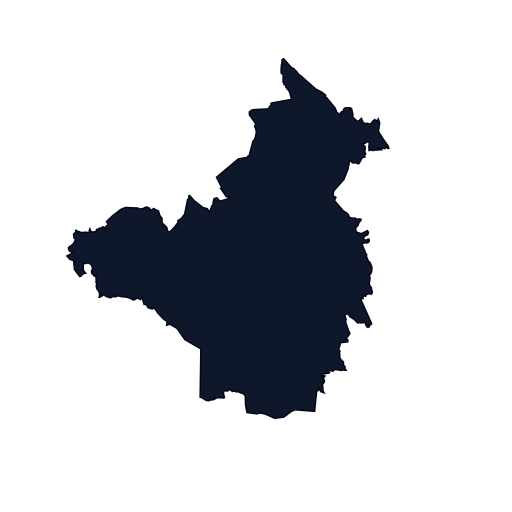 Taxco de Alarcón, Guerrero, Mexico, rotated 334°
{"feature_id": "50627088B64619334383932", "entity_name": "Taxco de Alarcón", "entity_type": "district", "adm_level": 2, "iso_a3": "MEX", "parent_name": "Mexico", "parent_adm1": "Guerrero", "projection": "mercator", "projection_center": [-99.586, 18.522], "detail": "fine", "context": "isolated", "style": "filled", "palette": "ink", "viewbox_px": 512, "rotation_deg": 334, "n_neighbors": 0, "source": "geoboundaries", "source_scale": "gbopen_adm2", "svg_char_len": 6132}
<svg xmlns="http://www.w3.org/2000/svg" viewBox="0 0 512 512"><g transform="rotate(334 256 256)"><path d="M210.3,413.0L219.3,411.2L223.8,411.4L240.6,421.3L251.3,404.0L252.4,404.2L254.5,402.6L254.4,403.9L254.8,406.4L257.2,408.8L257.1,406.3L258.7,403.1L259.2,400.8L262.2,399.2L263.0,397.8L263.0,395.6L261.7,394.3L262.8,394.0L264.6,394.7L265.3,394.2L265.4,393.8L264.6,393.2L262.4,392.8L261.9,392.3L262.6,391.5L264.4,391.4L270.4,393.2L270.9,393.0L270.4,391.1L270.8,390.2L274.6,393.3L277.2,392.6L282.6,396.3L284.7,396.7L285.8,397.7L286.9,398.2L286.6,396.6L287.3,395.1L287.4,393.6L286.9,393.5L286.5,392.2L287.2,391.7L288.1,389.6L286.6,385.5L287.0,385.1L286.7,383.8L288.1,381.4L288.4,379.9L289.7,378.3L289.6,376.4L289.9,375.0L291.3,374.3L293.9,371.0L301.0,373.4L301.8,371.4L300.5,370.0L306.4,366.9L306.6,365.4L306.4,364.0L307.6,354.6L309.2,352.5L309.9,348.1L312.5,347.8L313.3,348.9L314.2,349.2L313.6,349.6L314.2,350.3L313.6,351.0L313.6,351.7L314.3,352.1L315.3,354.5L316.3,355.4L318.0,360.8L320.2,361.3L320.9,362.2L324.8,363.4L324.5,367.2L324.8,368.7L326.5,369.4L327.1,369.0L327.6,367.7L329.2,368.1L329.9,367.9L330.3,367.4L331.2,340.4L333.6,341.2L333.9,340.1L335.1,338.8L336.9,340.3L338.2,339.0L341.6,339.6L342.6,340.8L343.5,340.7L344.3,340.0L344.9,338.9L345.2,336.8L345.8,335.1L345.3,331.2L348.7,326.0L349.6,322.9L351.5,322.1L352.8,321.0L353.8,319.8L354.3,318.3L354.8,318.0L355.4,316.3L355.6,311.6L354.9,310.1L354.8,308.8L355.1,304.5L356.1,303.3L355.8,301.9L356.4,292.6L356.7,291.6L360.4,291.9L360.9,292.7L361.7,293.0L362.8,293.1L363.9,292.6L364.9,291.3L364.9,290.4L364.2,289.8L363.1,290.3L361.8,289.8L360.2,288.6L360.2,287.8L360.7,286.9L362.4,285.9L363.9,285.7L364.6,286.0L366.2,285.5L367.5,284.0L367.2,282.0L360.4,282.1L356.6,278.4L357.7,274.4L361.0,273.3L363.5,270.8L365.3,270.4L366.5,269.2L366.4,268.8L365.0,267.9L363.2,267.5L361.8,265.5L358.7,263.9L357.2,262.5L356.8,260.8L357.3,259.6L356.2,256.6L354.3,254.0L351.3,242.4L350.9,240.4L353.5,238.4L351.6,235.6L354.5,231.5L368.6,225.7L376.8,218.2L381.5,211.9L382.6,211.0L383.5,214.5L386.8,216.2L388.6,218.2L392.0,216.2L393.2,214.8L395.6,214.3L397.3,214.8L397.5,213.9L397.2,213.3L399.4,212.4L399.0,211.2L399.4,211.1L399.5,209.9L401.7,206.6L401.6,206.0L402.1,204.7L401.3,204.3L401.3,202.2L403.9,202.5L404.2,201.8L407.0,202.6L407.7,203.5L405.1,207.7L403.9,210.8L406.0,211.1L407.3,212.6L408.0,212.3L412.2,214.2L412.3,212.9L413.0,214.0L414.3,213.5L414.5,214.1L413.9,214.8L415.6,215.6L415.5,214.9L417.4,214.1L417.7,214.9L418.9,216.0L419.8,214.9L421.5,216.5L421.6,217.1L422.6,217.4L423.0,215.1L421.6,206.8L420.6,197.8L425.5,190.6L426.0,186.4L423.9,187.8L423.6,186.9L423.1,186.8L422.5,185.4L420.0,186.0L416.7,187.8L414.4,185.6L413.0,185.2L411.6,184.0L410.7,183.9L411.1,178.5L408.1,179.5L406.5,179.5L406.0,179.2L403.9,173.4L405.2,171.1L406.5,165.4L405.3,163.8L404.3,163.7L403.8,163.1L400.6,161.9L398.5,162.9L398.1,164.3L397.6,164.5L396.1,163.9L395.5,164.1L395.6,164.9L395.1,165.3L394.8,164.6L394.4,164.6L393.9,166.0L393.1,166.5L392.4,163.7L391.6,162.4L392.0,158.0L389.1,145.3L388.5,144.1L388.3,142.3L389.1,142.0L387.1,137.8L383.0,132.3L375.0,113.1L374.0,111.7L373.3,107.5L372.7,106.8L372.4,104.7L370.4,101.9L367.3,90.8L366.8,90.7L365.1,91.4L364.7,92.7L364.1,93.4L364.3,93.9L363.9,94.9L363.3,94.6L362.5,95.3L362.8,96.6L361.6,97.0L359.0,102.0L359.6,102.9L358.9,103.3L360.1,104.5L356.5,111.6L356.8,113.9L356.4,114.4L357.9,115.6L356.9,116.9L358.1,123.4L356.6,130.8L337.1,125.3L336.3,125.5L336.5,126.3L330.8,129.4L330.3,128.6L317.8,123.3L316.0,123.0L313.2,123.5L311.9,126.4L313.7,136.9L311.5,139.1L311.6,140.5L310.8,144.7L306.5,150.1L303.6,151.5L293.7,162.9L292.7,162.6L291.3,163.5L282.7,161.0L255.0,167.9L255.2,180.0L253.8,179.7L255.4,189.9L259.9,191.7L254.7,192.2L247.6,190.8L246.4,186.6L245.6,186.3L245.2,186.6L243.5,186.0L240.8,189.2L240.3,190.7L237.7,191.9L236.9,193.3L236.4,193.3L235.9,194.2L234.5,195.0L234.2,196.2L233.2,196.7L233.0,192.1L229.7,189.4L224.9,179.6L222.9,172.5L222.1,172.4L221.1,174.2L220.9,175.9L220.6,176.2L219.4,175.1L210.2,187.1L205.1,189.6L201.5,189.9L200.3,191.9L196.0,194.0L191.1,196.0L188.4,196.4L187.9,196.2L187.6,194.9L188.3,191.0L186.1,185.0L188.1,180.9L187.3,177.4L188.1,173.0L187.7,172.0L186.2,170.8L185.0,168.5L181.3,168.8L181.2,166.4L179.2,164.0L177.2,163.7L174.4,163.8L173.4,163.1L172.6,163.1L171.7,162.5L170.9,161.1L160.2,155.3L157.0,154.9L154.6,154.9L144.5,157.0L136.7,159.5L137.1,162.7L131.1,164.8L130.9,164.3L131.6,163.1L131.0,162.5L128.7,163.1L127.8,162.3L126.3,162.7L124.3,162.3L123.6,163.3L122.2,163.8L119.0,162.5L118.6,162.2L118.4,161.2L118.6,158.8L117.2,160.1L117.0,161.8L116.1,161.6L113.0,159.8L109.5,158.5L106.5,155.5L105.8,154.2L105.1,153.9L104.3,155.7L101.7,156.2L100.3,160.1L100.8,160.9L100.7,162.3L98.6,164.1L96.1,165.3L91.2,166.2L90.4,168.2L90.7,170.1L92.9,171.9L90.2,173.0L86.0,173.1L87.3,177.5L90.1,180.2L86.9,188.4L88.6,197.3L89.7,197.4L93.3,196.1L95.3,196.8L94.6,193.6L95.5,191.0L97.5,187.0L100.0,188.3L102.0,188.4L103.6,190.7L104.7,193.3L103.9,193.6L103.6,195.8L101.5,197.4L101.0,198.7L100.8,200.1L101.7,200.9L101.4,202.3L103.1,204.6L101.6,207.8L102.0,208.5L100.7,209.1L101.0,210.3L99.4,212.8L99.6,213.3L99.0,213.7L98.6,216.1L99.2,219.1L99.0,220.8L97.9,223.3L96.9,224.3L97.5,224.7L99.0,224.2L100.1,224.5L101.2,224.1L102.5,224.2L103.3,226.3L105.9,229.0L107.8,230.0L109.4,229.5L111.8,231.2L113.5,231.1L114.9,231.6L118.2,234.2L121.4,236.0L124.9,239.4L125.9,241.2L127.1,242.0L131.1,241.8L133.0,244.5L135.3,243.1L134.2,250.5L135.4,250.7L136.2,252.8L136.3,255.2L139.5,258.1L142.0,258.4L142.7,264.0L145.3,272.4L147.4,276.0L145.3,279.1L148.6,279.4L153.2,286.3L155.4,299.9L165.7,315.3L143.9,358.4L145.0,359.3L147.9,363.9L150.1,365.4L152.7,365.6L154.7,366.5L159.2,366.3L165.0,369.6L165.9,368.9L165.8,367.9L166.6,365.3L166.5,364.0L167.3,364.1L168.0,363.4L169.0,363.5L171.0,364.8L171.9,364.8L172.3,363.9L173.4,364.6L174.3,364.4L174.8,365.3L174.5,365.9L175.3,367.2L175.7,366.8L176.6,367.7L177.2,367.4L177.7,368.3L178.4,368.5L178.8,369.7L179.8,369.6L181.8,371.6L182.4,372.7L183.7,372.7L184.0,374.3L185.2,376.5L181.0,386.1L179.3,392.8L187.6,398.3L190.8,398.8L195.2,402.3L201.6,410.0L210.3,413.0Z" fill="#0f172a" stroke="#020617" stroke-width="1.5"/></g></svg>